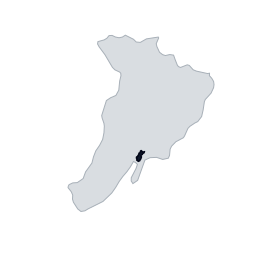 Arenoso, Duarte, Dominican Republic shown in context, rotated 114°
{"feature_id": "3306468B79017025460716", "entity_name": "Arenoso", "entity_type": "district", "adm_level": 2, "iso_a3": "DOM", "parent_name": "Dominican Republic", "parent_adm1": "Duarte", "projection": "orthographic", "projection_center": [-69.786, 19.183], "detail": "fine", "context": "in_parent", "style": "filled", "palette": "ink", "viewbox_px": 256, "rotation_deg": 114, "n_neighbors": 0, "source": "geoboundaries", "source_scale": "gbopen_adm2", "svg_char_len": 3133}
<svg xmlns="http://www.w3.org/2000/svg" viewBox="0 0 256 256"><g transform="rotate(114 128 128)"><path d="M44.3,168.2L44.7,159.1L46.1,155.5L44.8,151.6L39.1,147.4L35.6,142.0L32.6,137.3L33.3,136.6L39.5,136.5L41.8,134.8L46.0,130.0L46.9,126.2L46.6,123.3L43.9,119.7L42.9,116.0L46.3,112.8L50.8,108.2L51.4,106.4L51.3,104.6L46.2,99.6L45.9,97.5L48.3,92.2L48.2,88.6L45.9,77.5L44.8,75.8L47.1,74.9L48.6,71.6L50.7,68.7L53.3,67.1L56.4,66.2L62.4,66.3L70.6,69.0L73.0,68.9L81.0,66.7L87.6,65.4L93.8,66.9L96.3,69.0L101.4,72.2L104.0,73.1L112.1,73.1L114.3,73.4L121.1,78.7L126.9,80.8L130.2,80.9L136.2,78.9L139.2,78.9L142.6,83.5L143.2,89.9L146.1,95.7L150.4,99.5L171.9,97.9L176.8,100.9L175.1,103.5L172.1,104.8L161.8,104.2L157.4,104.6L156.5,107.1L156.4,109.4L162.4,110.0L168.3,111.2L174.3,113.0L180.4,114.3L187.3,115.1L194.0,116.4L205.3,121.0L217.9,131.4L221.2,133.7L223.4,137.0L222.4,141.0L218.0,147.7L215.5,149.8L211.8,151.2L209.3,153.9L206.9,158.5L205.4,158.9L203.7,158.8L200.6,156.1L198.5,152.1L192.4,148.4L185.3,148.9L174.7,146.7L168.3,147.8L161.9,148.1L155.4,146.9L148.8,146.5L142.2,148.0L135.9,150.4L133.5,151.9L129.4,155.7L127.3,157.1L111.7,158.9L107.3,156.1L103.2,152.3L97.2,151.8L88.5,154.7L83.1,155.7L80.9,156.9L80.3,158.3L80.2,163.6L79.0,166.8L70.4,178.9L65.6,187.4L63.6,190.0L61.3,190.6L57.2,185.6L54.6,183.8L51.3,182.9L49.9,180.2L50.0,176.5L49.2,172.9L47.2,170.1L44.3,168.2Z" fill="#d9dde1" stroke="#a8b0b8" stroke-width="1"/><path d="M143.0,103.4L143.1,103.6L143.3,103.7L143.4,103.8L143.5,103.9L143.7,104.0L143.8,104.0L144.0,104.1L144.1,104.3L144.1,104.7L144.1,104.8L144.0,105.0L143.8,105.0L143.8,105.3L143.9,105.5L143.9,105.9L143.9,106.1L144.0,106.2L144.0,106.3L143.9,106.3L143.7,106.3L143.5,106.2L143.4,106.2L143.3,106.3L143.3,106.5L143.3,106.8L143.6,107.0L143.9,107.1L144.0,107.2L144.3,107.2L144.5,107.1L144.7,106.9L144.8,106.8L145.1,106.9L145.1,107.0L145.4,107.0L145.6,107.0L145.8,107.0L146.0,106.9L146.2,107.0L146.2,107.4L146.2,107.5L146.3,107.6L146.5,107.7L146.8,107.7L147.0,107.6L147.3,107.4L147.5,107.3L147.9,107.3L148.0,107.4L148.2,107.5L148.3,107.5L148.5,107.5L148.8,107.6L149.1,107.4L149.3,107.4L149.3,107.5L149.5,107.7L149.8,107.7L150.1,107.8L150.2,107.7L150.4,107.7L150.5,107.7L150.6,107.8L150.7,108.0L150.9,108.2L150.9,108.3L151.1,108.4L151.3,108.4L151.6,108.2L151.8,108.1L152.0,108.0L152.2,107.9L152.2,107.7L152.3,107.6L152.4,107.4L152.5,107.3L152.6,107.2L152.8,106.9L153.0,106.9L153.0,107.0L153.3,107.1L153.5,107.0L153.5,106.9L153.7,106.7L153.8,106.7L153.8,106.1L153.9,105.9L154.0,105.7L154.3,105.2L154.2,104.9L153.9,104.7L153.4,104.2L153.2,104.0L152.9,104.0L152.2,104.0L152.0,103.9L151.9,103.9L151.6,103.8L151.4,103.8L151.2,103.8L150.2,103.8L149.8,103.8L149.7,103.9L149.2,103.9L149.0,104.0L148.9,104.0L148.7,104.3L148.5,104.5L148.4,104.7L148.4,104.8L148.4,105.0L148.2,105.1L147.9,105.0L147.8,104.9L147.7,104.9L147.4,104.9L147.1,104.7L146.9,104.6L146.7,104.4L146.4,104.3L146.3,104.2L146.2,104.2L145.9,104.2L145.7,104.3L145.5,104.2L145.2,104.0L145.1,103.9L144.8,103.9L144.7,103.9L144.5,103.7L144.4,103.6L144.3,103.4L144.2,103.3L143.6,103.3L143.4,103.3L143.0,103.4Z" fill="#0f172a" stroke="#020617" stroke-width="1.5"/></g></svg>